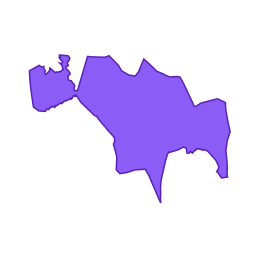 San Pedro y San Pablo Teposcolula, Oaxaca, Mexico, rotated 7°
{"feature_id": "50627088B89995688353205", "entity_name": "San Pedro y San Pablo Teposcolula", "entity_type": "district", "adm_level": 2, "iso_a3": "MEX", "parent_name": "Mexico", "parent_adm1": "Oaxaca", "projection": "equal_earth", "projection_center": [-97.55, 17.493], "detail": "fine", "context": "isolated", "style": "filled", "palette": "violet", "viewbox_px": 256, "rotation_deg": 7, "n_neighbors": 0, "source": "geoboundaries", "source_scale": "gbopen_adm2", "svg_char_len": 4479}
<svg xmlns="http://www.w3.org/2000/svg" viewBox="0 0 256 256"><g transform="rotate(7 128 128)"><path d="M221.6,90.9L213.2,88.1L206.4,90.8L197.6,94.3L194.2,97.0L192.4,98.5L190.9,98.0L183.5,86.2L177.8,77.2L173.4,71.1L170.0,71.0L164.7,72.0L163.3,72.3L159.3,71.2L156.4,70.0L155.7,69.8L153.7,69.3L149.7,68.2L142.2,62.5L135.3,57.6L131.7,70.7L128.9,75.6L124.9,75.4L122.3,75.3L118.3,73.6L114.8,72.1L114.2,71.4L110.7,66.8L105.3,62.5L101.1,59.2L100.3,58.5L99.1,59.3L96.7,60.5L91.2,61.1L83.3,61.8L79.1,61.9L74.0,93.1L73.4,96.9L70.5,97.6L70.4,97.5L70.2,97.1L70.0,96.6L69.9,96.2L69.8,95.8L69.8,95.5L69.7,95.1L69.6,94.6L69.7,94.2L69.8,94.1L69.9,93.5L70.0,93.1L70.0,92.7L69.8,92.2L69.5,92.0L69.3,91.8L69.1,91.6L69.0,91.1L68.8,90.8L68.4,90.8L67.5,90.2L67.1,89.7L66.9,89.4L66.8,89.0L66.7,88.7L66.4,88.4L65.9,88.0L65.6,87.9L65.1,88.1L64.3,88.0L63.9,87.7L63.5,87.6L62.7,87.4L62.6,87.0L62.4,86.1L62.5,85.8L62.4,85.4L62.4,85.2L62.3,84.6L62.4,83.9L62.4,83.6L62.6,83.1L62.8,82.8L63.2,82.3L63.6,82.0L63.8,81.6L63.9,81.4L63.8,81.0L63.8,80.8L63.6,80.3L63.3,80.0L62.6,79.3L62.6,79.2L61.9,78.6L61.0,77.5L60.4,77.2L59.9,77.0L59.7,76.8L59.5,76.7L59.1,75.8L59.0,75.2L59.2,74.7L59.4,74.4L59.9,74.0L60.2,73.9L60.5,74.0L61.0,73.5L61.0,73.2L60.6,72.1L60.1,71.5L60.0,71.3L59.9,70.9L59.9,70.4L60.1,69.8L60.5,69.4L60.7,69.1L61.2,68.1L61.3,67.9L61.4,67.4L61.6,66.9L61.7,66.5L61.7,66.1L61.5,65.5L61.4,65.3L60.0,63.8L59.7,63.7L58.1,63.6L52.0,63.9L51.0,64.0L51.3,64.5L51.6,65.0L51.9,65.5L52.1,66.1L51.0,66.3L51.4,66.9L52.0,67.5L52.7,68.2L52.9,68.7L53.5,69.0L54.6,69.6L55.1,69.9L55.0,70.8L54.4,71.6L53.9,71.9L53.0,72.0L52.4,71.9L53.0,72.4L53.8,73.1L54.4,73.7L54.9,74.2L55.2,74.8L55.5,75.8L55.8,76.7L56.1,77.2L56.4,77.8L56.0,77.9L55.5,78.6L55.1,79.2L54.5,79.8L53.7,80.3L52.9,80.4L52.3,80.8L51.5,81.2L50.4,81.3L49.9,81.1L49.5,81.8L48.8,81.8L48.0,81.2L46.5,80.2L46.0,79.7L45.2,79.4L44.3,78.6L43.5,78.2L43.1,78.0L43.0,80.9L42.0,82.3L41.0,83.6L39.8,84.9L39.0,83.5L38.4,82.6L38.9,81.7L38.7,80.8L38.0,80.1L37.5,79.6L37.0,78.0L37.0,77.3L36.3,77.7L35.3,77.8L34.3,77.7L33.7,77.5L33.1,77.1L32.7,76.8L32.2,76.6L27.2,80.3L23.2,83.2L23.4,84.5L23.9,87.5L24.8,92.2L26.0,97.6L27.1,102.2L27.7,104.6L28.9,109.1L30.3,114.0L30.9,116.3L31.6,118.7L37.3,121.9L43.9,121.6L44.1,120.9L44.4,120.3L44.8,120.0L45.2,119.7L45.4,119.4L45.6,119.1L46.0,118.6L47.2,119.3L47.3,118.8L47.7,118.1L48.2,117.4L48.7,117.1L49.1,116.5L49.3,116.6L49.6,116.6L49.8,116.6L50.0,116.5L50.2,116.1L50.5,115.5L51.2,115.9L52.0,116.3L52.8,116.6L52.9,116.0L53.2,115.2L53.3,114.4L53.7,114.4L54.3,114.7L55.0,114.4L55.1,113.9L55.9,113.2L56.4,112.9L56.9,112.5L57.1,111.9L57.6,111.6L58.2,111.6L58.6,111.8L59.0,111.9L59.6,111.6L59.5,111.1L59.8,110.7L60.1,110.7L60.5,110.5L60.8,110.1L61.4,109.4L61.4,109.1L61.6,109.0L61.9,109.0L62.1,109.0L62.3,108.9L62.5,108.5L62.8,108.3L63.4,108.4L63.8,108.5L64.5,107.8L65.4,107.1L65.8,106.7L66.4,106.6L67.2,106.6L67.6,105.5L68.1,106.0L68.5,106.1L68.9,105.2L69.5,103.6L69.9,102.7L70.6,102.1L71.4,103.2L72.0,103.1L72.6,101.7L76.8,106.7L77.6,107.9L82.0,111.2L84.3,112.9L85.7,114.0L88.6,116.2L91.5,118.4L93.5,119.8L96.0,120.3L96.2,121.3L99.1,124.1L101.1,126.1L105.1,129.6L108.2,132.7L113.0,136.8L114.4,138.0L115.7,139.3L116.4,142.8L115.5,145.8L115.7,146.2L120.5,158.2L120.7,161.8L121.4,170.9L122.6,171.9L123.4,172.6L125.5,174.3L128.9,173.3L130.8,172.8L131.6,172.6L135.5,170.9L137.8,169.8L140.3,168.6L145.7,167.7L148.2,167.2L150.1,166.8L150.7,167.6L154.7,172.9L157.1,177.2L162.8,186.8L165.1,190.9L169.6,198.4L168.7,192.7L168.4,188.6L167.6,183.8L167.2,175.8L169.2,156.3L170.4,149.2L171.7,146.7L172.2,146.7L172.4,147.0L177.2,145.0L181.2,143.1L185.1,140.3L188.1,140.7L189.7,145.8L191.5,145.6L193.0,143.7L194.8,145.1L195.2,144.8L195.4,144.5L195.4,144.3L195.5,144.2L195.8,144.1L195.9,143.7L196.0,143.3L196.1,143.0L196.3,142.9L196.7,142.7L196.8,142.4L196.9,142.2L197.1,142.2L197.7,142.1L197.7,141.9L197.8,141.7L198.0,141.5L198.1,141.1L198.3,141.0L198.4,140.7L198.4,140.4L198.7,140.4L198.9,140.3L199.1,140.4L199.3,140.1L199.5,140.0L200.2,140.3L200.5,140.1L200.8,140.0L201.2,140.2L201.5,140.1L202.0,140.3L202.3,140.4L202.5,140.3L202.8,140.4L203.2,140.3L203.4,140.2L203.7,140.5L203.8,140.4L204.1,140.4L204.3,140.5L204.5,140.6L204.8,140.9L205.2,140.9L205.4,140.7L205.6,140.6L206.1,140.4L206.4,140.3L209.8,141.2L219.1,149.3L222.9,155.3L222.5,158.0L221.3,160.5L222.4,161.1L226.9,166.2L232.8,164.5L231.9,161.8L231.5,156.1L230.2,148.5L227.9,138.7L228.1,128.4L229.8,119.3L225.9,108.1L222.7,97.4L221.6,90.9Z" fill="#8b5cf6" stroke="#5b21b6" stroke-width="1.5"/></g></svg>